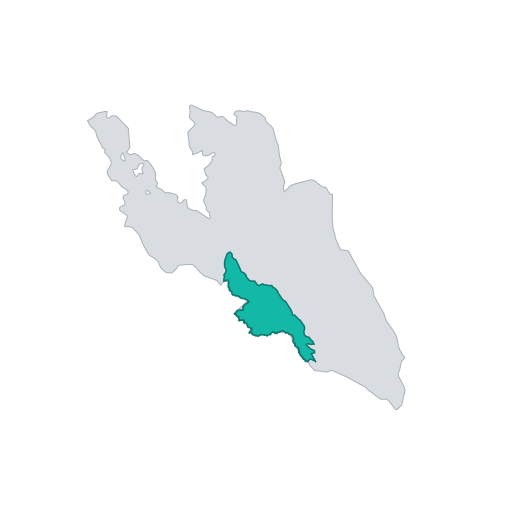 At-Bashy, Naryn, Kyrgyzstan (highlighted), rotated 59°
{"feature_id": "92254566B65067062849500", "entity_name": "At-Bashy", "entity_type": "district", "adm_level": 2, "iso_a3": "KGZ", "parent_name": "Kyrgyzstan", "parent_adm1": "Naryn", "projection": "orthographic", "projection_center": [76.301, 40.827], "detail": "fine", "context": "in_parent", "style": "filled", "palette": "teal", "viewbox_px": 512, "rotation_deg": 59, "n_neighbors": 0, "source": "geoboundaries", "source_scale": "gbopen_adm2", "svg_char_len": 9590}
<svg xmlns="http://www.w3.org/2000/svg" viewBox="0 0 512 512"><g transform="rotate(59 256 256)"><path d="M117.7,300.4L119.0,299.7L122.9,299.1L130.8,298.8L133.4,299.5L138.6,303.0L142.7,302.9L143.4,303.3L144.9,306.1L150.8,302.4L154.9,301.5L157.2,297.5L161.9,293.0L165.7,292.4L165.7,293.2L166.4,293.9L170.2,295.2L171.4,294.0L172.1,292.2L170.9,289.4L170.9,288.3L172.2,286.6L178.3,289.5L179.6,289.5L182.5,288.2L185.2,285.7L186.2,283.7L199.0,277.5L199.9,276.3L199.8,275.5L194.6,273.7L192.2,274.5L190.0,274.4L188.7,273.4L182.3,272.8L181.0,272.0L177.0,267.0L171.9,263.8L169.3,263.9L166.2,265.0L165.3,264.4L165.3,259.8L164.8,257.1L163.0,256.4L160.7,257.3L154.4,255.5L153.9,249.8L151.7,244.7L148.5,242.5L148.5,239.5L147.4,238.2L146.4,238.5L145.0,239.9L145.5,243.3L144.8,246.6L144.0,248.2L142.4,249.4L140.8,249.3L138.0,247.5L136.9,257.5L136.3,258.1L133.0,256.5L130.2,256.9L126.1,256.1L123.0,254.2L117.1,252.0L114.3,250.0L113.0,243.1L111.5,240.6L110.0,240.0L103.5,241.9L97.1,237.3L93.9,236.2L93.1,234.9L93.4,233.4L103.9,226.6L108.2,221.7L110.8,219.7L117.2,217.8L118.9,213.1L119.4,212.6L125.9,210.7L133.3,207.0L133.5,205.8L132.8,204.8L126.7,200.6L123.4,202.2L121.6,199.8L121.7,197.6L124.1,193.8L126.0,192.0L127.0,188.3L129.7,186.0L132.6,182.2L136.0,179.1L142.0,177.0L145.3,178.0L148.4,177.6L153.3,175.9L156.3,175.9L168.5,179.5L172.5,179.9L182.0,184.2L189.4,186.4L192.9,190.3L204.9,192.5L208.2,193.7L209.3,195.6L212.7,198.0L215.6,198.6L213.4,189.5L214.6,184.2L218.9,169.6L220.9,167.5L230.8,163.6L233.2,160.7L240.2,160.9L241.7,160.4L242.5,158.7L264.0,171.9L272.1,175.7L283.5,179.1L293.2,180.3L294.9,179.5L298.8,174.5L300.6,174.3L324.5,175.3L341.7,172.5L344.2,172.6L350.6,175.4L370.9,176.0L378.9,177.7L391.5,176.7L396.8,176.9L406.5,180.3L409.9,181.0L416.2,181.3L418.6,180.7L420.0,181.4L421.5,185.9L427.6,191.5L429.9,194.6L432.2,195.8L443.5,196.3L447.8,197.3L458.7,207.8L460.3,214.1L459.3,215.5L448.2,216.8L445.8,217.9L443.2,222.7L428.5,229.0L426.3,229.0L406.5,240.5L392.8,250.1L392.3,254.5L384.3,264.8L378.2,266.1L373.0,266.0L364.4,269.2L353.4,268.3L349.6,268.5L342.4,267.2L339.5,267.9L336.4,270.0L332.2,278.1L330.4,279.9L329.6,281.8L329.0,285.7L327.4,289.8L323.8,296.1L320.6,299.1L317.7,300.9L315.5,297.0L311.7,299.7L308.2,299.2L306.0,299.9L301.1,303.3L293.8,303.1L293.0,301.9L291.6,292.7L290.4,288.4L289.4,287.4L288.1,287.3L277.6,294.4L272.8,295.6L268.8,295.8L263.7,293.5L262.5,294.1L261.6,295.2L261.2,296.7L262.6,300.8L262.2,301.6L259.9,301.5L256.6,302.4L246.4,310.7L240.0,312.7L234.1,313.4L230.6,314.9L228.5,318.0L224.4,326.6L224.5,328.4L226.0,330.8L227.1,336.2L226.8,337.5L223.5,341.8L219.4,343.0L216.2,343.6L210.2,342.8L207.0,343.6L201.1,346.7L196.4,347.2L187.4,346.9L178.7,345.3L175.8,345.6L167.9,347.2L165.1,350.2L163.6,353.0L162.8,353.3L159.8,350.6L156.1,345.9L154.1,345.9L146.9,349.2L145.9,349.0L144.0,347.5L144.5,341.9L142.3,340.6L137.6,340.0L136.0,338.7L136.8,335.0L136.3,333.6L135.1,332.5L132.6,332.7L127.5,335.4L121.6,336.2L119.6,337.0L117.1,340.9L109.3,341.2L106.9,340.2L102.6,332.5L98.7,331.1L94.6,331.1L88.9,332.6L87.7,331.0L86.3,330.4L84.9,331.6L78.1,331.3L71.2,330.7L67.3,329.5L64.8,329.3L59.6,331.0L53.3,330.8L53.2,323.9L51.7,319.1L54.1,311.6L55.4,309.2L59.8,312.5L61.5,312.1L62.0,310.6L61.6,307.1L64.2,303.6L80.8,299.7L98.3,308.4L100.3,313.4L101.9,313.3L104.6,311.3L105.6,307.2L109.2,305.1L117.1,302.8L117.7,300.4ZM126.0,317.8L126.4,317.2L125.2,313.5L127.3,310.3L123.6,309.5L121.8,308.4L119.9,304.9L119.2,304.7L118.1,305.6L117.4,307.7L117.8,310.2L120.2,312.6L118.7,317.3L124.1,318.2L126.0,317.8ZM106.9,320.0L106.9,319.0L105.6,318.4L98.9,316.6L99.1,317.6L101.5,321.3L103.5,321.6L106.9,320.0ZM147.6,316.2L148.1,314.0L144.0,315.1L143.4,316.2L144.8,317.7L146.5,318.3L147.6,316.2Z" fill="#d9dde1" stroke="#a8b0b8" stroke-width="1"/><path d="M239.3,279.7L243.2,284.4L245.2,286.2L249.0,288.4L253.3,288.9L254.4,290.6L255.9,293.5L257.2,293.4L259.8,295.9L260.5,296.1L261.6,297.1L261.0,296.4L261.0,296.1L260.7,295.5L260.8,295.3L261.2,295.4L261.5,295.4L261.6,294.9L261.7,294.7L261.9,293.7L261.8,293.4L261.8,292.9L262.6,292.1L263.7,292.7L264.2,292.7L264.8,293.2L265.4,293.4L265.7,293.6L265.6,294.0L266.0,294.3L266.9,294.8L267.0,295.0L267.7,295.4L267.9,295.4L268.1,295.7L269.3,294.9L269.7,295.5L270.0,295.7L270.3,295.6L270.3,295.8L270.6,296.1L270.9,295.9L271.4,296.2L271.8,296.2L272.0,296.5L272.4,296.4L272.6,296.0L272.9,295.9L273.2,295.4L273.4,295.5L273.9,295.3L274.1,295.5L275.0,295.5L275.5,295.9L276.2,296.0L276.3,296.1L276.6,295.9L276.9,296.1L277.5,296.0L277.5,295.3L278.3,294.8L278.2,294.4L278.9,294.3L279.1,294.5L279.9,293.9L279.9,293.6L279.9,293.2L280.4,292.7L280.9,292.4L280.9,291.9L281.3,292.0L281.5,291.7L281.9,291.7L282.5,291.1L282.9,291.3L283.1,291.0L283.9,290.9L284.1,290.8L284.7,290.3L285.2,289.6L285.4,289.6L285.7,289.0L285.9,288.5L286.5,288.3L286.8,287.7L288.0,286.9L288.3,286.9L288.6,286.4L289.4,286.0L289.9,286.0L290.5,285.6L290.8,285.6L291.2,285.6L290.9,286.0L291.0,286.2L290.9,286.4L291.5,286.5L291.5,287.0L291.7,287.3L292.1,287.5L291.9,288.2L291.8,288.8L291.9,289.9L291.8,290.4L291.9,290.6L291.9,291.3L292.5,292.2L292.4,292.5L292.7,293.3L293.1,293.4L293.5,293.8L293.9,293.6L294.2,293.6L294.2,294.0L294.4,294.3L294.7,294.3L295.6,294.9L295.4,295.3L295.5,295.5L294.9,295.9L295.1,296.3L294.7,296.8L294.4,297.0L294.4,297.3L293.9,297.4L293.8,298.1L293.5,298.7L293.6,299.5L293.2,300.2L293.3,300.7L293.9,301.2L293.9,301.5L294.1,301.7L294.2,301.9L294.1,302.3L294.3,302.6L294.5,302.7L294.7,303.2L294.3,303.4L294.3,303.7L294.4,303.9L294.3,304.1L294.5,304.1L294.6,304.3L294.9,304.3L295.0,304.1L295.3,304.0L295.5,303.8L295.5,303.5L295.9,303.1L296.0,303.1L296.2,303.6L296.7,303.3L297.6,303.4L298.0,302.9L298.6,302.8L298.5,302.6L298.8,302.2L299.3,302.0L299.6,302.7L300.3,302.9L300.8,302.7L301.0,302.9L301.3,302.8L301.5,303.1L301.9,303.1L302.1,303.3L302.4,303.3L302.5,303.9L302.9,303.7L303.0,303.5L303.2,303.3L303.2,303.1L303.3,302.8L303.0,302.4L303.0,301.9L303.1,301.7L303.7,301.4L303.8,301.2L304.3,300.5L304.4,300.2L304.1,300.0L304.2,299.7L304.4,299.8L304.9,299.5L305.2,299.6L305.5,299.5L305.7,300.0L306.0,300.1L306.2,300.3L306.3,300.7L306.6,300.8L307.6,300.7L307.4,299.9L307.2,299.6L307.3,299.5L307.7,299.0L308.2,299.0L308.4,298.8L309.2,298.9L309.4,299.1L310.3,298.7L310.8,298.7L311.2,299.1L311.4,299.1L312.1,299.5L312.7,299.6L313.1,299.1L313.6,298.9L313.9,298.6L314.4,298.4L314.5,297.9L315.2,297.7L315.3,297.4L315.7,297.3L316.0,296.6L316.5,297.1L316.3,297.9L316.8,298.3L317.5,298.3L317.6,298.8L318.0,299.2L317.6,300.3L318.0,300.5L318.3,301.5L318.5,301.5L318.7,301.4L318.5,301.0L318.6,300.7L319.0,300.3L319.1,299.8L319.5,299.2L320.0,299.1L320.1,299.6L320.8,299.6L321.1,299.2L321.6,299.3L322.3,299.1L322.5,298.8L322.4,298.5L322.7,298.4L322.9,297.9L323.1,297.8L323.4,297.8L323.7,297.6L323.8,297.2L324.7,297.2L324.7,296.3L325.9,295.4L325.8,295.2L325.9,294.9L325.8,294.2L326.0,294.1L326.0,293.4L325.7,293.2L326.4,292.1L326.3,291.7L326.6,291.1L327.0,290.8L327.2,290.3L328.1,289.8L328.1,289.4L328.4,289.2L328.3,288.6L328.6,288.2L329.2,288.0L329.6,288.1L329.9,287.8L330.2,287.7L330.2,287.0L330.0,286.4L330.0,286.0L330.3,285.6L330.2,284.8L330.7,284.4L330.9,284.1L330.6,283.4L330.0,283.0L329.9,282.6L329.9,282.1L329.6,281.4L329.8,281.0L329.6,280.8L330.7,280.2L330.7,279.8L331.3,280.1L331.7,279.8L332.0,279.5L332.0,279.1L332.3,278.7L332.2,278.5L332.4,278.5L332.3,278.3L332.9,278.1L332.6,277.9L332.5,277.4L332.5,276.9L333.0,276.8L333.0,276.6L332.8,276.3L333.3,275.2L333.3,274.8L333.3,274.4L333.0,274.2L333.1,273.7L333.2,273.3L333.8,272.4L333.7,272.0L333.8,271.4L334.1,271.4L334.7,271.1L335.2,271.1L335.4,270.7L336.1,270.3L336.9,270.3L337.2,270.4L337.5,270.3L337.3,269.3L338.0,268.4L337.9,268.1L338.0,267.9L338.6,267.8L338.9,268.3L339.3,268.3L340.2,267.9L341.2,267.1L341.2,266.9L341.4,266.8L341.5,266.2L342.7,265.6L343.4,265.9L343.3,266.2L343.5,266.3L344.1,266.2L344.4,266.0L345.4,266.1L346.0,266.0L346.1,266.3L346.5,266.4L346.8,266.7L346.6,267.2L347.2,267.7L348.0,267.8L348.1,268.1L348.9,268.3L349.1,268.5L349.7,268.5L349.8,267.9L350.5,267.9L351.3,267.5L351.9,267.8L351.7,268.1L351.8,268.3L352.6,268.3L352.5,268.5L352.6,268.8L353.1,268.9L354.3,268.5L354.4,268.4L354.4,268.1L355.9,267.3L356.0,267.0L356.3,267.1L356.7,267.0L356.8,267.3L356.9,267.6L357.6,267.3L357.6,267.1L358.0,267.0L358.2,267.3L358.1,267.5L358.4,267.6L358.6,267.7L358.7,267.9L360.2,267.8L360.4,268.0L360.1,268.4L360.1,268.8L360.2,269.0L360.5,269.1L361.5,269.0L361.8,269.0L362.3,268.8L362.9,268.9L363.2,268.6L363.8,269.1L364.4,269.2L364.5,268.7L364.9,268.7L365.2,268.4L365.5,268.4L365.7,268.6L366.0,268.7L366.3,268.4L366.7,268.3L366.8,268.1L367.0,268.5L367.3,268.7L368.3,268.6L368.5,268.5L368.8,268.5L368.8,268.3L369.0,268.1L369.5,267.8L369.8,267.7L369.9,267.3L371.2,268.0L371.3,267.9L371.3,267.7L371.7,267.7L371.6,267.3L372.3,266.3L372.9,266.6L373.3,265.8L372.6,265.0L372.4,263.8L372.5,263.6L372.4,263.3L372.5,262.7L373.2,261.6L373.8,261.1L375.0,260.6L375.3,260.4L375.4,260.0L376.0,259.7L376.8,259.4L377.1,259.5L377.9,259.3L368.3,259.0L369.1,255.5L367.1,254.6L365.9,255.7L363.2,257.3L357.9,258.7L357.8,256.8L360.0,254.5L361.4,251.6L358.2,251.4L356.5,252.1L353.4,252.3L350.3,254.7L348.3,255.1L345.6,254.0L343.8,252.2L342.6,251.3L340.7,250.8L333.8,251.2L332.5,252.0L326.8,253.2L325.6,255.0L322.2,254.0L318.6,253.8L314.5,254.0L310.3,254.1L307.2,255.6L299.8,256.1L296.9,255.6L293.0,256.5L292.2,257.4L289.8,257.6L289.3,257.8L287.8,260.5L286.3,261.7L285.2,263.6L283.2,264.8L282.9,268.3L281.8,269.7L276.7,270.1L275.8,272.1L273.8,274.1L269.5,275.1L267.4,274.4L264.5,274.9L261.9,276.7L252.6,275.5L248.6,275.3L247.0,276.6L244.1,276.8L242.6,275.7L240.9,275.7L239.1,276.4L239.3,279.7Z" fill="#14b8a6" stroke="#0f766e" stroke-width="1.5"/></g></svg>